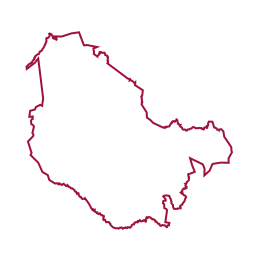 Guadalupe y Calvo, Chihuahua, Mexico (Equal Earth projection), rotated 174°
{"feature_id": "50627088B19833882883386", "entity_name": "Guadalupe y Calvo", "entity_type": "district", "adm_level": 2, "iso_a3": "MEX", "parent_name": "Mexico", "parent_adm1": "Chihuahua", "projection": "equal_earth", "projection_center": [-107.163, 26.124], "detail": "fine", "context": "isolated", "style": "outline", "palette": "rose", "viewbox_px": 256, "rotation_deg": 174, "n_neighbors": 0, "source": "geoboundaries", "source_scale": "gbopen_adm2", "svg_char_len": 5670}
<svg xmlns="http://www.w3.org/2000/svg" viewBox="0 0 256 256"><g transform="rotate(174 128 128)"><path d="M162.2,40.1L161.9,39.1L160.6,39.3L159.6,36.6L156.9,36.5L156.4,35.4L155.6,34.8L155.7,33.7L153.7,31.2L152.1,30.1L150.7,29.5L148.9,29.5L147.8,28.9L146.4,29.7L145.9,29.5L145.2,29.8L144.6,29.7L143.7,28.4L142.7,29.0L141.4,28.9L141.2,29.3L140.6,29.4L139.5,28.6L139.2,28.6L138.8,29.3L138.3,29.4L137.5,29.2L136.7,28.6L136.3,28.6L135.9,29.1L134.8,29.8L134.6,30.7L134.1,31.3L132.9,31.7L132.1,31.5L131.4,33.2L130.8,33.1L129.8,33.6L128.3,33.1L128.1,33.2L128.1,34.2L127.7,34.6L126.3,34.1L125.9,34.3L125.7,34.9L124.7,33.8L123.3,33.8L123.0,34.3L122.4,34.2L121.7,34.7L121.0,34.6L120.5,33.1L120.0,33.0L119.6,33.6L120.0,35.2L118.9,36.6L118.8,37.3L118.4,37.2L117.8,36.5L117.2,37.2L116.4,37.3L116.0,36.9L114.9,36.6L114.6,35.8L113.6,35.2L113.3,34.6L112.5,34.8L110.7,33.4L110.6,32.0L109.6,32.0L108.2,29.8L106.9,29.4L106.5,27.9L106.1,27.9L105.4,27.2L104.0,27.9L102.0,27.3L101.6,27.4L99.8,25.3L99.5,25.4L98.7,27.0L97.3,27.0L97.2,28.3L96.8,29.3L100.7,30.4L97.8,42.0L98.3,43.4L100.3,44.6L100.0,48.4L100.5,49.1L101.1,49.4L100.8,50.8L100.5,51.7L99.6,51.9L98.7,51.7L98.1,51.9L98.0,52.8L98.5,54.1L100.1,56.3L99.1,56.9L97.0,57.0L94.1,56.2L94.2,55.8L93.4,54.0L93.4,53.6L93.0,53.1L92.7,52.1L92.7,50.9L92.4,50.3L92.7,49.9L92.7,49.1L92.5,48.3L91.3,46.6L91.5,45.0L90.8,42.8L88.0,42.4L87.6,42.4L87.2,42.8L86.5,42.6L85.0,42.9L84.0,42.6L83.9,43.2L84.4,44.8L83.9,44.9L83.4,45.6L81.9,46.2L81.8,46.9L81.4,47.2L81.2,47.7L80.2,48.5L79.3,49.6L78.5,51.9L77.8,52.5L77.4,53.2L78.0,54.6L79.3,55.2L80.0,56.2L80.9,56.7L81.5,57.4L81.5,57.7L82.3,58.3L81.9,58.6L80.6,58.0L80.6,58.5L80.9,58.9L80.7,59.1L80.9,59.7L79.9,61.3L79.0,61.5L78.9,61.9L77.5,61.7L77.4,62.1L76.3,62.1L76.3,62.6L75.8,63.3L76.2,63.7L76.8,63.7L76.9,64.8L76.3,65.9L76.9,66.6L75.5,67.1L75.1,68.1L73.4,69.3L73.1,69.7L72.6,71.1L72.8,71.8L72.4,72.3L72.9,73.2L72.6,73.6L73.0,74.5L73.0,75.7L72.8,75.8L72.7,75.6L66.2,77.4L68.2,84.6L69.4,91.5L57.4,84.0L56.1,79.6L57.0,72.9L51.3,77.0L47.7,83.4L39.8,83.9L31.5,82.9L31.2,87.2L27.1,93.1L27.5,94.1L27.3,98.2L33.2,109.3L33.5,114.6L35.4,117.1L37.6,116.9L37.8,116.2L38.4,117.0L39.4,116.9L40.2,118.6L41.3,119.0L41.8,119.7L42.3,119.7L43.4,125.4L46.9,125.9L47.9,124.3L47.9,122.4L48.3,122.0L49.3,121.8L49.0,120.8L49.2,119.9L49.6,119.8L51.0,120.7L52.0,120.4L52.4,119.9L52.6,118.9L52.9,118.6L53.3,118.8L53.6,119.4L54.5,119.3L54.9,120.3L56.1,120.3L57.0,120.7L58.6,120.4L59.9,120.8L60.8,120.6L61.7,121.6L63.1,122.2L65.2,120.8L66.2,120.8L67.0,120.3L68.9,120.2L69.4,119.5L70.4,119.3L71.1,120.4L72.0,120.6L72.7,120.4L74.0,121.3L74.3,122.8L75.1,123.5L75.7,123.7L76.1,124.7L75.6,125.4L76.5,125.3L76.9,126.5L78.0,127.1L77.8,128.3L78.3,129.8L78.6,130.0L78.6,130.6L78.3,130.8L78.9,131.4L79.3,130.6L79.8,130.2L80.2,130.1L80.7,129.3L81.0,129.3L82.0,130.1L82.6,130.1L82.9,129.7L83.6,129.4L83.6,128.6L84.6,128.3L84.6,127.9L85.7,126.9L86.6,125.5L87.0,125.2L88.2,125.3L90.9,124.4L90.8,125.2L93.0,124.7L102.4,130.4L105.1,133.8L108.1,136.4L107.8,141.5L112.0,150.0L111.8,150.3L111.7,151.4L111.2,151.7L111.1,152.2L111.4,152.5L111.1,152.9L111.4,153.9L111.1,154.8L111.4,155.8L111.2,157.2L111.5,158.0L110.5,158.7L109.3,164.0L116.6,169.9L116.3,170.8L116.5,171.2L116.1,171.5L116.0,172.6L116.7,172.0L117.0,172.1L118.4,174.0L120.5,175.5L121.4,175.1L121.1,176.5L121.7,176.4L122.5,177.0L123.1,177.2L141.7,194.5L141.1,195.1L140.7,196.2L140.9,196.9L141.2,196.8L141.2,197.1L141.3,197.7L140.7,199.0L140.6,200.4L141.1,200.5L141.1,200.8L140.8,201.5L141.3,202.2L143.0,203.0L143.3,205.0L143.8,205.5L145.2,205.3L146.1,205.6L146.8,206.4L148.1,206.5L148.1,205.2L148.8,205.2L148.9,204.4L149.5,203.7L150.7,203.0L150.9,202.2L154.3,205.3L153.7,208.0L154.2,209.1L154.0,210.7L150.3,211.8L160.1,214.8L162.2,214.7L164.0,215.1L163.3,215.2L166.7,228.3L174.4,228.0L184.3,225.9L190.0,226.6L189.6,223.6L190.5,225.7L190.6,226.6L192.9,227.0L189.3,222.7L192.3,225.0L192.7,224.8L193.1,225.1L193.4,226.1L193.5,227.4L194.3,229.1L195.2,229.8L195.9,229.6L196.8,230.7L196.2,228.6L196.4,227.7L196.7,227.2L198.2,225.9L199.2,225.7L199.6,226.0L199.8,225.7L200.0,224.8L200.0,222.5L200.8,221.9L200.8,221.4L201.0,221.2L201.3,220.1L201.9,219.7L202.0,219.2L203.4,216.9L205.0,215.2L205.1,214.5L206.8,213.4L207.2,213.5L207.5,212.9L208.1,212.7L208.7,211.0L210.1,210.7L211.1,210.2L211.5,209.7L212.6,209.3L213.0,208.4L213.3,208.2L213.4,207.5L213.9,207.4L213.8,206.4L214.2,205.9L214.7,205.9L216.0,204.4L216.4,203.6L217.2,203.3L217.4,202.7L219.5,202.0L222.5,199.7L222.5,197.3L214.0,202.5L210.0,206.5L209.3,166.2L211.1,159.0L212.9,160.2L217.3,158.5L218.6,156.2L223.5,155.3L225.0,149.4L221.5,149.4L221.9,147.0L222.4,147.1L223.8,145.3L223.7,141.9L222.2,140.9L221.4,139.3L223.6,133.0L222.7,131.2L223.1,129.9L228.9,125.0L226.5,113.3L227.7,111.3L220.9,102.9L217.7,93.2L212.7,89.5L211.7,84.6L206.4,80.4L205.2,80.6L204.6,80.3L204.0,80.5L203.8,81.1L203.8,80.3L203.3,79.5L203.0,79.3L202.4,80.1L202.2,80.2L201.8,79.8L201.8,79.1L200.4,79.0L199.6,78.2L198.1,79.3L197.1,78.6L196.9,78.0L196.5,77.8L195.7,76.7L194.8,76.8L194.2,77.6L193.5,76.7L193.3,75.8L192.7,75.7L191.4,74.8L191.1,74.1L190.6,73.7L189.8,73.8L187.7,71.8L187.4,70.5L186.2,69.9L185.7,67.9L185.4,67.9L185.0,68.6L184.6,68.3L184.1,68.3L183.9,67.5L184.1,66.5L183.9,65.9L183.4,65.4L182.8,64.4L182.1,64.4L182.0,63.7L181.4,63.1L181.3,62.6L180.7,62.2L180.2,62.4L178.7,61.9L178.1,62.6L174.8,56.8L172.9,52.0L172.4,51.5L172.2,50.6L171.9,50.4L171.6,50.8L171.3,50.8L171.4,49.7L171.1,49.4L170.0,49.7L169.9,50.1L169.6,50.2L169.6,49.5L170.1,49.2L170.0,48.9L169.2,47.8L168.2,47.5L168.0,46.8L167.2,47.1L166.5,45.5L165.5,45.4L164.8,46.0L163.7,44.0L162.9,44.1L162.3,43.4L161.3,43.2L161.2,42.4L161.9,41.2L162.2,40.1Z" fill="none" stroke="#9f1239" stroke-width="2"/></g></svg>